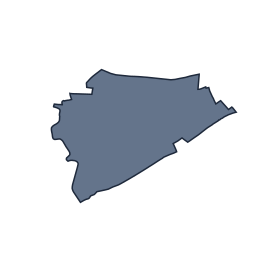 Ben Tre, Bến Tre, Vietnam, rotated 131°
{"feature_id": "81297802B1495670326955", "entity_name": "Ben Tre", "entity_type": "district", "adm_level": 2, "iso_a3": "VNM", "parent_name": "Vietnam", "parent_adm1": "Bến Tre", "projection": "mercator", "projection_center": [106.381, 10.237], "detail": "fine", "context": "isolated", "style": "filled", "palette": "slate", "viewbox_px": 256, "rotation_deg": 131, "n_neighbors": 0, "source": "geoboundaries", "source_scale": "gbopen_adm2", "svg_char_len": 3281}
<svg xmlns="http://www.w3.org/2000/svg" viewBox="0 0 256 256"><g transform="rotate(131 128 128)"><path d="M215.3,115.1L213.2,114.4L211.5,113.8L210.4,113.3L209.3,112.8L208.0,111.9L207.1,111.4L206.1,111.3L205.3,111.4L204.5,111.5L204.2,111.6L203.6,111.5L203.4,111.5L203.2,111.4L202.5,111.0L201.4,110.4L200.7,110.0L200.5,109.9L200.0,109.8L198.5,109.7L196.5,109.7L190.1,104.9L187.0,102.7L182.5,100.8L177.2,97.9L174.9,97.0L169.5,95.1L165.5,93.7L158.2,91.3L152.5,89.5L150.3,88.8L144.7,87.1L143.5,86.8L142.3,86.4L139.0,85.4L133.4,83.8L131.1,83.1L130.4,82.9L128.3,82.2L127.1,82.0L126.4,81.8L124.5,80.9L120.7,79.1L116.9,77.0L114.0,75.7L113.3,76.9L112.6,78.3L110.1,83.7L105.1,81.9L100.1,80.7L99.9,77.9L99.5,73.6L99.0,73.5L97.7,73.1L92.4,71.8L87.0,70.4L82.4,69.5L77.7,68.6L75.3,68.1L72.7,67.3L70.3,66.6L69.0,66.4L67.7,66.0L66.2,65.5L65.0,65.2L64.1,64.8L63.6,64.7L62.5,64.8L62.4,64.5L61.8,64.2L61.1,64.0L60.3,64.0L59.7,63.7L58.8,63.3L57.7,63.0L56.8,62.8L55.4,62.3L54.1,61.7L53.4,61.4L52.8,61.2L51.9,60.8L50.5,60.0L48.1,58.7L46.4,57.6L45.1,56.7L44.1,62.1L44.1,63.4L46.4,63.9L48.1,64.3L47.6,68.0L46.6,76.0L48.2,76.5L52.2,77.5L50.6,81.3L49.7,83.0L49.1,84.8L47.4,88.5L46.8,89.8L46.6,90.4L45.9,91.4L44.5,93.6L46.7,95.2L46.2,96.0L46.0,96.3L50.5,98.6L51.8,99.4L52.9,100.6L45.4,106.1L41.3,109.1L40.7,109.6L47.9,115.1L52.2,117.9L56.7,121.5L60.4,124.3L63.5,127.3L77.1,146.7L81.4,152.5L81.9,153.2L84.4,156.4L87.4,160.1L95.8,172.0L98.2,176.9L101.3,186.3L109.1,187.9L112.3,188.5L114.9,188.8L117.1,188.9L118.4,188.9L120.7,189.0L121.2,188.9L121.9,188.4L122.1,188.2L122.3,187.9L123.1,187.1L124.0,186.2L124.4,185.8L123.4,184.2L121.9,181.9L121.0,180.7L126.3,177.4L130.7,182.8L135.1,188.2L137.6,191.2L138.7,192.6L139.2,193.3L139.9,194.3L140.0,194.5L141.2,193.1L143.5,189.3L145.8,190.9L146.0,191.1L146.8,191.9L147.8,192.7L148.5,193.3L149.0,193.5L149.3,193.7L149.4,193.9L149.4,194.2L149.5,194.5L149.8,194.7L150.0,194.8L150.7,195.0L151.2,195.0L151.6,194.9L152.1,194.6L152.7,194.0L153.2,193.3L153.5,192.9L153.8,193.0L154.0,193.5L154.3,194.0L154.6,194.3L154.8,194.6L155.8,195.7L158.3,199.3L160.0,198.6L160.7,198.2L160.8,198.0L160.7,197.8L160.3,197.0L159.3,194.7L158.8,192.7L158.8,191.8L159.2,191.0L160.3,190.1L160.9,189.8L161.1,189.7L161.5,189.5L162.1,189.1L162.6,188.8L163.0,188.4L163.3,188.2L163.8,187.5L164.1,187.1L165.1,186.4L166.2,185.5L167.3,184.7L168.3,184.4L169.2,184.3L170.2,184.4L171.3,184.6L172.3,184.9L173.9,185.5L175.3,185.9L176.2,186.0L177.0,186.0L177.6,186.0L178.0,185.9L178.4,185.6L179.0,185.2L180.1,184.1L181.0,183.0L182.4,181.1L183.7,179.7L184.2,179.1L184.7,178.4L184.9,177.9L185.1,177.5L185.1,177.3L185.0,176.6L184.9,176.1L184.5,175.6L183.6,174.7L182.2,173.5L181.4,172.7L181.0,172.3L180.7,171.4L180.6,170.1L180.6,169.1L180.9,167.9L181.4,166.5L182.1,164.4L182.8,162.4L183.3,160.4L183.4,160.0L183.8,158.7L184.1,157.6L184.4,156.7L184.9,155.7L185.4,155.2L185.7,154.8L186.1,154.5L186.5,154.4L187.1,154.3L187.7,154.4L188.4,154.4L189.2,154.5L190.1,154.6L190.7,154.7L191.2,154.6L191.7,154.3L192.3,153.7L192.4,152.8L192.4,151.5L190.9,150.7L190.0,150.0L188.9,148.8L188.9,148.7L187.6,146.8L187.2,145.9L186.9,144.2L187.3,142.7L187.9,142.0L188.8,141.5L191.1,140.3L207.2,132.6L208.8,131.6L210.2,130.5L210.7,129.8L211.6,128.2L212.1,126.8L215.3,115.1Z" fill="#64748b" stroke="#1e293b" stroke-width="1.5"/></g></svg>